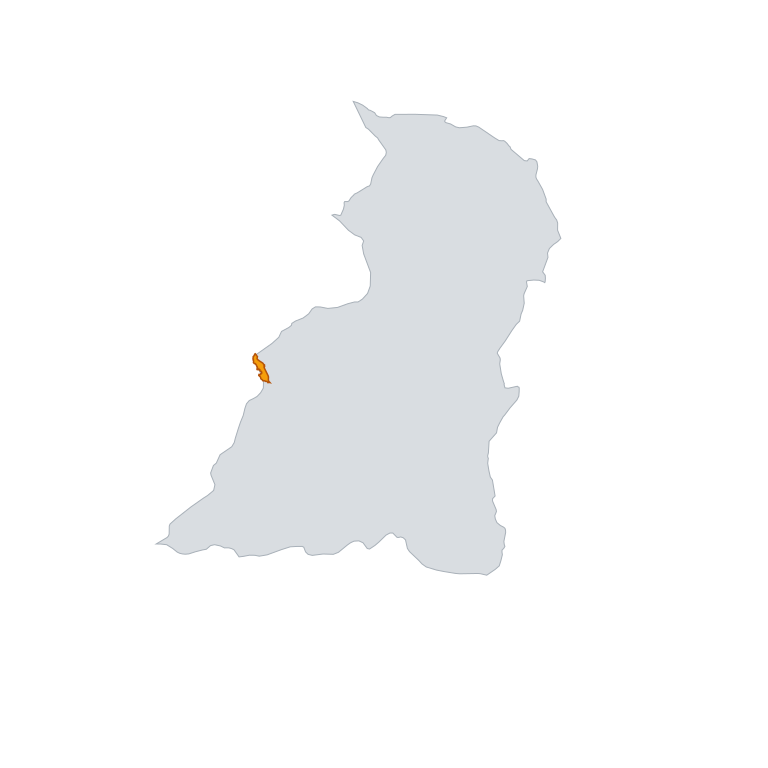 location of Ouango, Mbomou, Central African Republic, rotated 130°
{"feature_id": "33826404B65142748169152", "entity_name": "Ouango", "entity_type": "district", "adm_level": 2, "iso_a3": "CAF", "parent_name": "Central African Republic", "parent_adm1": "Mbomou", "projection": "robinson", "projection_center": [22.589, 4.437], "detail": "fine", "context": "in_parent", "style": "filled", "palette": "amber", "viewbox_px": 768, "rotation_deg": 130, "n_neighbors": 0, "source": "geoboundaries", "source_scale": "gbopen_adm2", "svg_char_len": 6245}
<svg xmlns="http://www.w3.org/2000/svg" viewBox="0 0 768 768"><g transform="rotate(130 384 384)"><path d="M513.6,287.2L519.7,289.0L520.8,291.1L519.1,298.0L520.3,302.4L523.7,306.0L527.2,307.6L530.5,308.5L542.2,310.7L547.0,313.3L553.4,321.4L561.4,328.8L563.3,332.7L563.0,336.2L560.6,340.5L561.0,342.3L564.7,346.6L568.9,351.1L576.6,356.0L590.0,363.7L596.1,368.9L598.2,372.8L601.6,377.0L606.4,380.9L609.6,383.9L607.4,392.4L608.1,395.1L609.3,397.6L612.1,400.9L613.2,405.2L616.0,410.5L619.3,413.0L624.8,413.9L627.7,416.3L633.7,420.6L639.6,424.3L642.1,426.8L643.7,429.1L645.0,431.7L645.7,434.4L645.8,440.1L646.8,447.2L650.0,452.0L653.0,455.7L641.0,451.5L639.2,451.4L637.1,452.1L630.8,457.2L628.8,457.9L621.0,456.8L601.9,452.8L587.3,448.9L582.9,447.5L575.0,446.1L569.8,448.8L565.0,457.9L563.6,459.6L556.0,462.3L552.4,461.6L543.5,464.1L529.9,460.3L525.0,461.1L521.2,463.0L511.4,467.1L505.5,469.4L498.6,471.6L492.0,474.9L487.6,476.6L483.3,476.6L479.4,474.8L475.1,473.2L470.0,472.9L464.7,473.8L460.2,477.4L458.3,480.0L454.4,486.9L449.8,498.1L448.0,500.3L446.3,501.5L425.0,495.9L415.8,494.6L409.6,496.3L401.8,493.2L398.5,492.6L396.8,493.6L392.5,492.2L385.5,488.4L378.7,486.8L372.7,487.3L369.0,486.1L366.0,482.4L362.2,475.6L355.2,468.8L345.9,463.4L340.1,459.3L337.8,456.6L332.8,455.1L325.2,454.8L317.8,457.5L307.2,465.9L297.4,483.2L291.9,489.8L287.5,491.5L286.4,495.7L288.6,502.3L289.1,510.0L287.6,522.9L288.1,532.4L285.8,530.9L283.5,526.4L282.5,525.6L276.0,527.5L272.6,529.3L270.8,531.1L269.5,531.4L267.4,528.9L265.8,528.5L263.2,529.0L260.6,528.9L258.9,528.6L257.8,528.8L254.8,527.4L243.6,523.7L241.7,522.5L239.5,522.7L233.7,525.8L230.6,526.7L221.4,528.7L211.5,529.6L207.7,529.7L205.1,531.1L203.5,533.1L200.4,545.0L199.6,547.1L199.7,550.1L198.8,559.7L199.2,562.8L187.3,589.2L185.4,584.8L184.1,579.6L183.7,573.7L184.0,572.1L183.2,570.4L182.2,565.5L183.2,562.4L182.4,559.2L180.1,556.0L178.0,553.5L176.8,551.3L175.8,550.4L173.5,550.0L170.4,548.9L157.3,533.4L143.7,516.0L140.9,510.3L139.8,507.1L143.1,506.7L144.0,506.1L144.0,504.6L142.0,500.1L141.0,494.4L139.3,491.0L134.0,485.6L128.9,481.6L127.2,479.5L126.3,476.5L124.4,457.7L123.6,452.4L121.9,450.0L120.8,449.0L120.4,447.6L120.6,444.3L121.3,441.3L121.2,440.1L122.6,437.5L122.7,420.1L121.1,417.7L118.0,417.7L116.4,415.2L115.0,412.0L115.5,409.7L118.4,406.2L120.4,404.8L126.2,402.0L127.9,400.6L128.9,398.9L129.6,396.6L133.0,387.6L138.1,378.7L140.2,376.9L145.3,363.8L146.6,360.4L147.4,357.1L149.1,354.4L154.6,349.9L158.8,342.1L163.3,342.5L168.0,343.8L173.9,344.4L178.6,342.9L181.6,339.8L196.1,334.6L197.1,330.4L199.4,328.2L202.1,326.3L203.0,326.0L203.2,327.4L204.8,331.8L208.1,336.1L212.9,340.8L214.2,340.5L217.2,336.9L224.8,334.7L226.7,333.7L232.0,328.5L238.5,325.1L242.2,324.0L248.7,320.5L253.3,321.0L260.8,320.4L273.1,318.8L282.1,318.2L286.6,317.6L287.7,316.9L289.5,311.8L290.8,310.4L294.2,308.3L300.8,300.7L305.1,294.3L306.5,292.0L307.3,291.6L309.2,288.9L307.4,286.1L300.0,280.4L300.1,279.6L299.7,278.7L300.1,277.9L302.9,275.6L306.7,272.9L310.8,271.9L321.3,272.1L330.3,271.6L332.4,271.7L339.4,270.4L344.2,269.2L349.1,266.4L360.3,266.7L369.6,259.8L372.3,258.5L373.4,257.4L373.8,256.4L378.1,253.6L383.0,247.9L386.9,242.8L387.9,239.2L398.4,226.9L402.1,227.1L403.9,225.6L408.1,217.4L409.4,215.9L413.7,214.5L415.8,212.0L417.6,208.4L417.6,204.0L416.8,200.4L416.8,198.6L417.8,197.0L419.5,195.4L427.5,191.0L429.5,188.9L430.7,187.0L432.9,186.6L435.4,186.8L436.9,185.6L438.7,183.6L444.2,180.9L449.3,178.8L454.7,179.7L464.4,182.4L467.4,188.3L468.8,190.3L480.8,204.1L483.1,207.4L489.1,217.5L492.8,224.2L497.0,234.0L497.4,239.3L496.8,243.8L496.0,256.7L494.9,260.4L489.6,267.3L489.4,270.4L490.5,273.0L492.1,274.1L493.1,275.4L492.5,281.4L494.4,283.7L498.4,285.3L508.4,286.3L513.6,287.2Z" fill="#d9dde1" stroke="#a8b0b8" stroke-width="1"/><path d="M456.2,472.3L456.1,472.9L456.1,473.7L455.4,475.0L452.8,477.1L452.1,478.2L449.2,484.8L448.5,486.3L448.0,486.9L447.6,486.9L447.5,486.7L447.0,486.9L447.1,487.3L447.1,487.7L446.8,487.9L446.5,487.8L446.2,487.9L446.3,488.7L445.9,490.3L446.4,494.1L446.5,496.8L446.0,497.7L445.2,498.1L444.3,498.6L444.2,499.4L444.1,500.3L443.7,501.0L443.6,502.1L444.1,502.2L444.4,502.2L444.6,502.1L444.9,502.0L445.1,501.9L445.3,501.8L445.6,501.7L445.9,501.7L446.3,501.7L446.5,501.8L446.8,501.8L447.1,501.8L447.3,501.7L447.6,501.5L447.7,501.4L447.8,501.2L448.1,501.0L448.2,500.9L448.4,500.8L448.5,500.8L448.6,500.7L448.9,500.6L449.0,500.5L449.1,500.4L449.1,500.2L449.1,499.9L449.3,499.8L449.5,499.8L449.6,499.7L449.8,499.6L449.9,499.4L449.9,499.2L450.0,498.9L450.3,498.6L450.7,498.3L450.9,498.2L451.0,498.1L451.3,497.9L451.5,497.8L451.5,497.7L451.6,497.4L451.6,497.1L451.6,496.8L451.7,496.6L451.7,496.4L451.6,496.2L451.4,496.0L451.2,495.9L451.1,495.7L451.3,495.4L451.3,495.2L451.3,494.9L451.4,494.6L451.4,494.4L451.5,494.2L451.6,493.9L451.7,493.7L451.8,493.6L452.0,493.3L452.0,493.2L452.1,492.9L452.2,492.7L452.2,492.4L452.3,492.3L452.3,492.2L452.5,492.1L452.5,491.9L452.6,491.7L452.8,491.6L453.0,491.6L453.3,491.5L453.5,491.4L453.7,491.2L453.7,490.9L453.8,490.7L454.0,490.7L454.3,490.6L454.2,490.5L454.2,490.4L454.3,490.4L454.3,490.2L454.2,490.0L454.2,489.9L454.1,489.7L453.9,489.6L453.7,489.6L453.4,489.6L453.5,489.5L453.5,489.4L453.4,489.4L453.2,489.3L453.0,489.1L453.0,488.9L452.9,488.6L452.8,488.4L452.9,488.2L453.0,488.2L453.3,488.0L453.4,487.9L453.5,487.7L453.6,487.4L453.6,487.2L453.5,486.8L453.5,486.6L453.5,486.4L453.5,486.2L453.4,486.2L453.5,485.9L453.5,485.7L453.4,485.6L453.4,485.4L453.5,485.3L453.7,485.2L453.8,485.2L454.0,485.2L454.2,484.9L454.3,484.8L454.3,484.7L454.5,484.7L454.8,484.8L455.0,484.9L455.3,485.0L455.4,484.9L455.5,484.9L455.6,484.7L455.9,484.6L456.0,484.6L456.4,484.8L456.4,485.1L456.5,485.3L456.8,485.5L456.9,485.9L457.0,485.9L457.3,485.8L457.5,485.7L458.0,485.4L458.0,485.2L458.0,484.9L458.0,484.7L458.0,484.3L458.0,484.0L458.0,483.8L458.0,483.7L458.0,483.4L458.1,483.2L458.3,482.9L458.4,482.7L458.5,482.5L458.6,482.4L458.8,482.2L459.0,481.9L459.1,481.7L459.2,481.4L459.2,481.2L459.1,480.8L459.1,480.7L459.1,480.3L459.1,480.2L459.1,479.8L459.1,479.6L459.1,479.4L459.2,479.2L459.2,478.9L459.3,478.9L459.3,478.7L459.2,478.5L458.2,477.4L458.1,476.4L457.3,475.4L457.3,474.4L457.6,473.9L456.3,472.5L456.2,472.3Z" fill="#f59e0b" stroke="#b45309" stroke-width="1.5"/></g></svg>